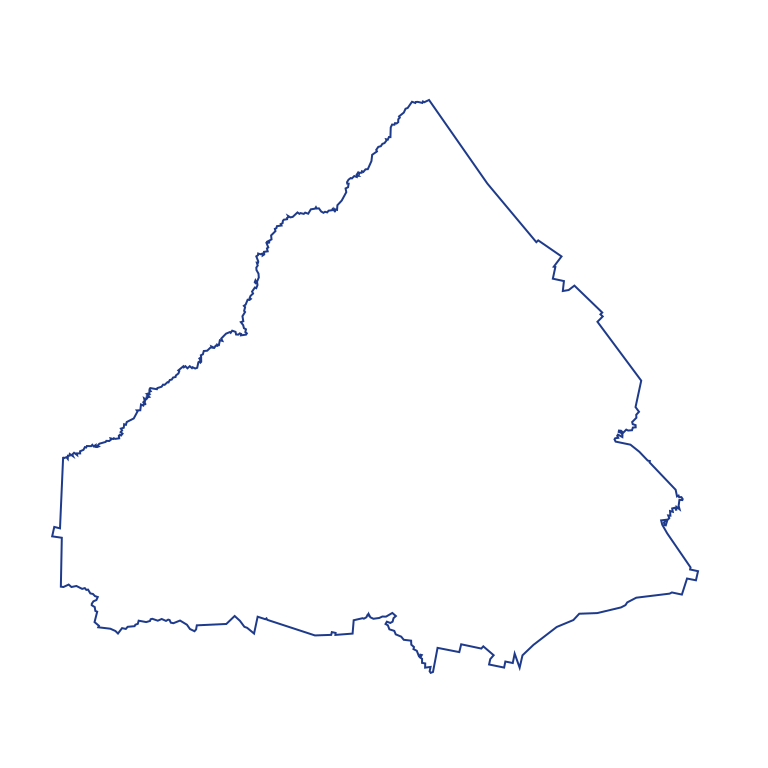 Narromine, New South Wales, Australia, rotated 93°
{"feature_id": "25037944B72215071742446", "entity_name": "Narromine", "entity_type": "district", "adm_level": 2, "iso_a3": "AUS", "parent_name": "Australia", "parent_adm1": "New South Wales", "projection": "albers", "projection_center": [147.895, -32.232], "detail": "fine", "context": "isolated", "style": "outline", "palette": "blue", "viewbox_px": 768, "rotation_deg": 93, "n_neighbors": 0, "source": "geoboundaries", "source_scale": "gbopen_adm2", "svg_char_len": 6129}
<svg xmlns="http://www.w3.org/2000/svg" viewBox="0 0 768 768"><g transform="rotate(93 384 384)"><path d="M636.9,660.6L640.4,656.0L641.9,656.6L642.7,644.5L644.7,639.3L647.1,636.6L641.5,632.8L642.1,629.0L639.9,627.3L638.9,620.4L637.4,619.7L636.4,617.3L633.2,616.6L634.2,609.0L632.9,605.3L631.1,604.7L630.6,603.1L632.2,597.5L630.3,593.7L632.0,589.3L630.6,587.2L630.9,585.8L633.5,584.4L633.9,581.8L630.9,575.3L634.7,568.2L638.8,565.0L640.8,560.3L638.9,558.8L634.8,558.3L631.9,528.9L623.5,521.0L628.0,515.5L633.8,510.7L634.6,508.0L640.0,500.7L623.0,498.0L625.1,490.2L624.2,489.1L625.6,488.3L638.7,439.8L637.3,423.6L634.5,423.1L635.1,419.3L637.1,419.4L634.9,402.3L621.5,401.9L619.0,393.1L619.4,391.8L617.9,389.4L615.3,388.3L615.9,387.4L614.7,387.2L617.7,385.4L619.0,382.3L617.9,376.5L616.3,373.5L616.2,369.8L612.2,363.7L615.1,360.0L617.3,362.2L620.9,363.0L622.3,365.2L621.2,368.7L623.6,369.9L624.8,367.5L628.7,365.8L630.0,360.8L633.4,359.2L635.4,353.6L638.4,350.9L638.9,343.5L642.9,343.1L645.1,340.3L647.2,340.7L648.7,337.3L654.2,334.8L654.3,333.9L652.4,333.5L652.7,332.1L655.3,333.5L656.4,331.6L660.5,331.4L660.9,328.2L665.1,328.1L664.1,322.7L668.5,323.4L670.0,322.3L669.0,320.0L644.7,316.7L647.8,294.8L639.9,293.3L643.1,273.0L640.8,271.1L649.1,260.3L653.2,263.5L658.6,264.4L660.9,249.2L654.8,248.3L655.9,240.8L646.4,239.4L660.2,233.7L647.7,231.5L636.7,221.1L617.6,198.8L609.8,182.5L603.2,177.0L601.6,159.0L594.7,135.6L592.2,131.3L589.4,129.7L584.2,120.9L578.4,87.8L577.1,85.6L578.7,75.5L562.4,71.2L563.7,62.2L554.5,60.6L553.2,68.6L551.1,68.3L518.3,93.4L509.9,98.8L505.7,100.1L504.8,95.0L507.8,97.2L510.2,96.3L510.4,95.2L505.0,93.9L503.1,92.1L500.4,93.3L500.5,91.1L495.9,91.7L496.5,88.9L493.2,89.7L492.3,86.9L495.0,85.5L491.4,85.5L493.6,82.3L490.2,83.4L484.2,82.9L484.3,80.0L483.3,79.7L481.4,81.1L481.5,83.4L480.0,84.0L480.9,85.5L474.4,87.2L448.4,114.7L447.0,114.5L446.7,116.6L438.3,125.5L431.7,134.7L429.4,149.7L427.2,150.9L426.1,150.3L425.5,147.3L423.5,148.4L422.3,147.7L424.5,143.2L422.2,143.2L420.3,144.7L419.6,147.1L418.2,146.9L418.3,144.8L420.2,142.6L416.9,139.7L417.7,137.8L417.2,133.9L414.5,133.2L414.1,130.4L411.9,130.6L411.1,133.5L409.0,134.2L404.5,130.2L401.5,130.5L398.4,127.9L393.9,131.6L367.2,127.3L310.7,174.1L305.1,169.1L303.1,171.5L301.2,169.8L275.8,199.0L280.5,204.5L281.8,210.3L271.8,209.7L270.0,220.9L258.2,219.0L258.0,220.6L247.3,213.4L232.5,237.5L234.4,239.3L178.4,291.3L98.0,353.9L100.5,358.5L99.8,359.9L101.3,360.4L100.5,365.1L100.7,367.0L101.7,367.4L100.7,370.8L107.1,374.8L108.0,376.9L111.9,378.4L116.0,383.0L117.2,382.2L118.9,383.6L121.8,383.5L123.2,385.1L122.9,386.6L124.5,387.1L124.5,389.5L127.4,390.7L137.1,390.5L137.1,392.0L139.8,393.0L139.5,394.7L140.6,394.2L143.4,396.1L144.3,398.2L146.7,399.6L147.5,402.1L150.6,404.0L152.1,403.2L155.7,407.8L162.0,408.2L170.3,411.4L170.6,413.7L173.3,415.7L172.7,417.1L174.2,417.4L174.3,419.5L175.3,419.8L174.1,420.9L176.4,422.2L177.5,420.5L177.6,422.0L178.7,422.0L177.9,424.6L180.4,426.8L180.1,428.1L181.8,430.1L184.4,431.5L185.8,431.2L185.8,429.8L189.4,430.2L190.7,432.6L194.4,431.7L203.0,435.8L207.9,439.9L212.5,440.0L212.2,441.2L213.4,441.7L212.1,442.8L213.5,442.8L212.0,444.5L213.2,445.0L213.8,448.4L215.6,449.7L215.1,451.9L216.2,453.4L215.0,455.8L212.0,458.2L212.3,460.4L211.0,461.2L212.5,462.0L213.4,466.2L217.9,468.6L217.0,471.7L218.3,473.0L217.7,476.3L218.5,477.4L217.2,479.4L221.9,483.9L222.5,486.2L221.2,488.6L222.3,488.0L223.1,489.4L224.5,489.4L225.2,492.7L226.3,493.5L228.7,493.7L229.7,495.5L231.1,494.7L232.0,499.2L234.0,499.6L234.8,501.1L237.0,500.4L241.5,504.5L245.5,503.9L248.0,508.1L248.6,507.7L247.7,506.0L248.8,506.1L249.4,508.7L253.7,506.7L254.7,508.0L257.6,507.1L258.3,510.7L260.9,510.4L262.1,512.0L260.1,512.2L260.9,514.2L260.3,516.5L262.0,516.6L263.2,518.2L268.2,516.0L269.4,516.1L269.4,517.4L272.3,516.3L274.4,517.6L276.9,517.3L280.4,515.1L284.2,514.6L288.0,516.0L288.7,517.0L287.3,517.8L289.1,518.4L290.2,517.3L289.8,515.9L291.8,515.5L295.0,516.6L294.4,518.0L298.6,520.6L300.5,519.5L303.0,521.9L305.3,522.7L306.0,521.5L307.1,522.7L307.0,524.6L311.9,526.3L313.3,528.0L314.5,526.7L318.3,527.5L319.4,526.5L323.7,528.9L328.7,527.8L329.7,530.2L332.6,527.7L335.6,526.8L336.6,524.7L339.4,525.2L340.6,523.6L341.9,524.3L342.9,529.4L341.5,529.3L341.0,530.7L342.3,532.0L342.3,534.3L339.7,535.0L338.7,538.4L340.9,539.8L340.2,540.6L342.0,544.4L347.1,548.9L349.4,547.7L348.9,550.2L353.7,550.9L353.4,552.7L354.6,552.5L354.5,554.1L356.7,555.3L355.7,557.9L356.7,557.3L356.5,559.0L360.0,562.3L360.5,565.7L363.8,566.4L364.9,568.4L366.9,568.0L368.2,569.7L369.2,568.9L368.6,567.9L371.4,567.7L372.3,568.5L371.2,569.5L372.0,570.5L377.6,571.4L378.4,573.4L377.3,576.0L378.2,576.6L376.4,578.9L378.6,581.1L376.6,583.3L377.8,584.7L376.8,585.3L381.2,590.1L381.9,589.1L384.2,589.8L386.4,592.3L387.9,592.5L388.6,595.0L390.7,596.2L391.2,598.1L393.7,599.3L393.5,600.3L396.3,603.0L396.2,604.6L398.4,606.0L399.9,610.1L401.1,610.5L400.3,617.2L401.5,617.9L403.3,616.7L403.4,617.9L405.3,617.7L406.2,619.9L406.9,618.1L407.7,619.7L409.2,617.8L409.8,619.7L409.0,620.8L410.9,619.9L412.0,621.0L410.9,622.8L413.2,622.1L414.8,623.4L415.8,622.6L414.7,621.9L416.4,622.0L416.4,620.5L417.2,623.2L418.1,623.3L417.2,625.6L423.0,626.0L423.3,629.5L424.3,628.7L431.5,632.1L435.4,638.9L438.3,639.6L437.8,641.4L441.3,641.6L442.3,644.4L444.1,643.1L445.8,644.5L447.3,642.5L449.2,643.9L448.5,645.1L449.6,646.1L452.1,645.6L452.9,649.7L452.3,650.9L453.1,651.5L452.6,654.2L453.8,653.7L455.3,655.4L455.3,658.3L456.4,658.9L458.5,665.1L460.7,666.9L461.3,665.7L462.0,667.2L461.9,668.9L460.1,668.8L461.5,670.7L460.0,672.1L461.4,673.2L461.5,677.5L463.0,678.1L462.7,679.4L465.5,680.7L467.1,684.0L469.2,683.8L469.4,687.2L471.0,686.8L468.9,689.9L470.9,691.7L472.3,690.9L470.4,694.1L472.0,694.2L472.1,695.9L475.3,695.9L473.7,697.3L474.9,700.0L473.7,700.6L545.1,700.0L544.0,705.8L553.5,707.4L554.4,697.7L603.3,696.1L603.5,693.5L600.8,688.4L603.1,685.5L601.8,680.6L604.4,674.7L603.5,672.1L605.2,670.5L604.8,668.8L608.5,666.3L608.9,663.7L610.9,661.6L611.7,658.7L614.8,659.9L616.2,662.8L618.7,664.3L620.2,664.3L621.9,661.2L625.7,660.4L626.4,658.5L636.9,660.6Z" fill="none" stroke="#1e3a8a" stroke-width="2"/></g></svg>